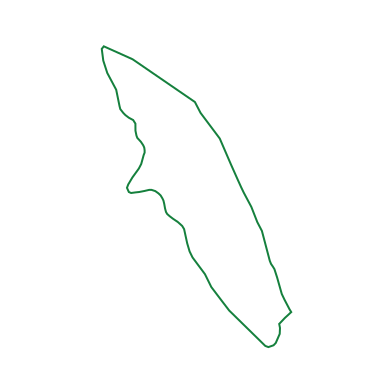 Zunilito, Suchitepéquez, Guatemala (Natural Earth projection), rotated 310°
{"feature_id": "79465075B91860193952418", "entity_name": "Zunilito", "entity_type": "district", "adm_level": 2, "iso_a3": "GTM", "parent_name": "Guatemala", "parent_adm1": "Suchitepéquez", "projection": "natural_earth1", "projection_center": [-91.502, 14.633], "detail": "fine", "context": "isolated", "style": "outline", "palette": "green", "viewbox_px": 384, "rotation_deg": 310, "n_neighbors": 0, "source": "geoboundaries", "source_scale": "gbopen_adm2", "svg_char_len": 1174}
<svg xmlns="http://www.w3.org/2000/svg" viewBox="0 0 384 384"><g transform="rotate(310 192 192)"><path d="M246.9,30.8L243.6,30.9L235.6,39.6L228.7,50.6L221.6,68.2L211.2,81.3L209.4,83.8L208.4,88.5L208.1,91.5L208.3,95.9L209.3,100.7L208.0,104.7L202.6,109.3L199.5,113.2L198.3,115.3L197.6,120.6L196.4,124.7L195.3,126.9L193.5,128.9L191.7,130.4L189.3,131.2L180.8,135.1L175.8,136.2L164.8,137.0L156.8,138.3L153.4,139.5L151.4,143.6L152.1,146.0L155.3,148.9L158.0,151.5L162.2,154.9L166.2,157.9L167.6,159.6L169.1,163.3L169.4,167.2L169.2,170.2L168.1,173.4L167.1,175.6L165.1,178.3L162.1,181.9L160.0,184.9L159.2,187.1L159.1,190.4L159.3,194.7L159.9,200.5L159.7,206.3L158.5,209.8L149.6,221.3L144.9,228.4L142.2,234.5L137.4,254.7L131.6,267.9L127.6,285.5L125.1,296.7L121.2,347.1L122.3,350.2L124.8,351.7L127.0,353.0L130.2,353.2L139.7,350.4L144.4,346.8L147.0,343.6L155.3,344.1L163.8,345.2L164.8,342.2L169.0,332.0L170.6,328.5L171.6,326.3L181.2,312.2L185.9,304.7L186.9,301.7L187.7,298.8L189.3,295.8L207.1,270.6L210.9,261.4L218.7,247.1L224.8,232.0L227.2,226.7L230.6,219.6L238.3,203.8L250.8,178.9L258.1,147.7L262.8,136.4L255.5,61.2L246.9,30.8Z" fill="none" stroke="#15803d" stroke-width="2"/></g></svg>